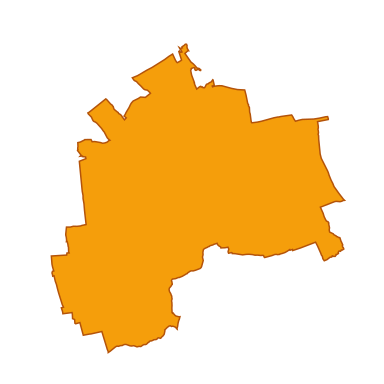 Vinderei, Vaslui, Romania (Robinson projection), rotated 172°
{"feature_id": "2599482B12696403630714", "entity_name": "Vinderei", "entity_type": "district", "adm_level": 2, "iso_a3": "ROU", "parent_name": "Romania", "parent_adm1": "Vaslui", "projection": "robinson", "projection_center": [27.79, 46.151], "detail": "fine", "context": "isolated", "style": "filled", "palette": "amber", "viewbox_px": 384, "rotation_deg": 172, "n_neighbors": 0, "source": "geoboundaries", "source_scale": "gbopen_adm2", "svg_char_len": 5975}
<svg xmlns="http://www.w3.org/2000/svg" viewBox="0 0 384 384"><g transform="rotate(172 192 192)"><path d="M322.9,161.6L323.3,160.3L322.5,160.3L322.2,157.6L322.2,155.3L322.0,154.5L322.5,150.0L322.2,148.8L324.3,149.0L324.9,147.0L340.2,148.2L340.7,140.0L340.5,137.1L339.9,133.0L341.2,132.9L341.8,131.7L341.9,130.9L341.7,130.0L341.6,128.0L340.3,128.2L339.8,122.6L339.1,119.3L338.7,115.2L338.1,110.5L336.1,98.4L335.3,95.8L337.5,95.5L336.8,91.4L336.8,89.4L327.6,89.3L327.5,87.4L327.9,83.2L326.0,82.1L326.2,78.3L325.5,77.7L321.2,78.3L319.6,65.3L312.9,65.6L311.9,65.5L300.7,66.4L297.8,48.0L297.2,45.7L297.3,44.7L295.2,45.7L289.8,49.0L288.8,49.5L287.7,49.8L286.2,49.4L284.5,49.8L282.4,49.7L280.9,50.3L279.4,50.4L278.2,50.1L274.8,48.3L273.4,47.9L271.0,47.9L268.0,46.3L265.9,46.5L264.2,46.1L262.0,47.2L260.9,47.6L259.2,47.4L258.4,47.6L257.1,48.4L256.8,48.9L255.6,49.2L255.1,49.9L253.8,50.3L252.8,50.2L251.2,50.6L250.6,51.0L248.0,50.9L246.9,51.4L246.2,52.1L245.6,52.3L243.4,51.5L241.8,52.9L240.5,53.7L239.3,55.1L238.1,58.4L238.2,59.2L238.0,59.3L235.4,61.3L233.2,62.5L231.9,62.5L231.1,61.7L229.8,61.8L228.6,61.3L227.0,60.2L226.2,58.7L225.8,58.3L225.8,59.0L225.0,60.8L224.1,63.9L223.0,66.6L222.3,67.7L221.3,70.2L222.2,70.2L225.1,71.4L226.0,72.2L226.7,73.5L227.9,74.5L227.7,75.0L228.5,75.3L228.1,79.9L227.6,82.4L227.3,85.4L227.4,86.7L227.2,87.7L226.6,88.9L226.7,90.2L226.6,90.8L226.6,92.0L227.0,92.9L227.0,93.4L227.3,94.6L228.1,96.4L228.3,98.6L227.8,99.9L227.5,100.3L226.0,101.5L225.2,102.7L224.5,103.1L224.3,103.9L224.5,104.6L224.3,105.6L224.7,106.6L224.6,107.4L223.6,108.5L220.2,108.5L217.6,109.2L216.5,109.1L213.3,109.9L210.1,111.2L209.3,111.6L208.0,111.9L207.6,112.5L204.6,113.9L203.6,114.0L201.8,113.7L199.5,114.0L194.7,115.1L193.5,115.9L192.9,116.8L190.4,122.6L190.7,126.1L189.8,128.3L189.6,130.8L188.7,133.4L188.0,133.9L186.7,134.5L184.7,135.0L183.2,135.7L182.6,135.6L181.6,136.3L178.6,136.7L177.8,137.1L174.3,137.7L174.0,136.3L172.8,134.8L171.3,133.6L171.2,132.6L167.1,132.2L164.0,132.3L163.5,130.2L164.1,129.1L164.6,127.7L164.3,126.3L161.3,126.5L160.8,126.2L160.7,125.4L158.1,125.0L150.6,122.7L147.0,122.7L144.2,122.4L140.8,121.6L138.5,120.7L135.5,120.3L132.9,119.6L130.6,119.4L130.0,119.1L129.5,117.3L129.2,117.0L121.7,117.9L118.7,118.6L117.1,118.5L116.2,118.1L113.8,118.0L113.5,118.4L111.6,118.5L108.4,119.1L106.1,120.0L103.2,121.4L103.0,120.7L100.5,121.1L100.4,120.0L92.3,121.5L76.6,125.1L75.2,121.1L72.9,113.0L72.7,111.7L71.9,110.2L71.7,107.7L70.6,105.5L67.8,106.2L64.3,108.2L63.3,108.1L62.6,108.2L62.3,108.5L62.3,109.0L62.1,109.1L61.6,109.2L61.3,108.7L60.7,108.5L59.2,108.3L58.2,109.3L58.0,110.1L57.3,110.0L55.6,110.7L55.4,111.1L55.7,111.7L54.7,113.0L54.1,113.0L53.3,112.6L52.6,113.1L52.2,113.8L51.2,113.6L49.6,114.4L49.9,115.8L50.3,116.1L50.4,116.6L50.6,117.8L50.4,117.9L50.1,118.7L50.8,121.0L50.8,121.4L51.2,122.1L51.9,126.1L52.1,126.3L53.1,126.5L54.2,127.5L55.1,127.8L55.3,128.4L57.5,130.0L57.9,130.9L61.3,133.2L61.4,135.4L60.8,137.4L61.1,141.2L61.1,141.9L60.8,142.2L61.5,143.7L62.9,144.5L63.7,146.4L64.6,149.3L65.1,152.6L67.0,159.1L52.1,162.6L50.6,162.7L46.8,161.8L44.9,162.0L43.7,162.5L42.1,162.5L43.1,163.8L46.8,170.3L50.6,177.6L51.4,180.9L52.6,184.3L53.9,189.5L54.3,192.1L54.8,194.0L59.3,207.3L59.8,211.8L59.2,226.5L58.8,230.2L59.1,231.7L58.5,232.9L58.4,234.9L58.5,236.8L58.0,237.8L57.8,240.0L57.9,244.2L47.0,244.8L46.8,245.4L47.2,247.8L49.2,247.9L55.6,247.4L61.3,247.3L72.6,248.5L76.4,248.2L79.7,247.7L80.9,250.1L81.7,252.5L82.6,254.4L93.6,254.4L95.4,254.2L96.7,254.3L100.5,254.1L113.4,252.4L117.6,252.1L123.1,252.2L123.4,252.5L123.6,254.3L123.5,261.0L123.8,263.0L123.4,267.9L124.1,269.4L123.9,270.6L124.5,271.9L125.0,280.4L125.6,285.7L132.7,287.1L138.4,289.1L147.5,293.0L150.3,293.5L152.7,293.6L155.4,293.6L157.0,293.3L157.2,294.1L155.1,294.5L155.5,299.4L155.6,300.1L155.8,300.3L157.7,298.3L159.6,297.8L161.0,296.9L162.2,296.8L162.8,296.5L164.6,294.0L165.2,293.5L166.6,293.8L166.9,294.5L167.3,294.7L168.2,294.6L168.6,295.4L169.1,295.4L169.9,295.1L173.0,293.3L174.3,297.8L174.6,299.8L174.4,299.8L174.4,300.0L176.1,307.8L176.4,312.5L175.7,313.6L175.7,314.2L175.2,314.5L172.9,314.9L172.2,314.7L171.9,313.0L172.1,312.8L171.7,312.1L171.2,311.9L170.3,312.1L168.8,312.9L168.4,312.8L167.9,311.7L167.3,311.3L166.6,311.1L166.3,311.6L167.7,313.3L169.8,314.1L171.6,316.9L173.0,318.8L175.0,320.9L179.7,330.2L176.5,332.4L175.7,332.3L176.7,334.8L176.8,336.0L176.7,337.1L176.5,337.5L176.8,339.0L177.4,339.3L178.2,339.2L179.3,338.3L181.7,337.2L181.8,337.0L181.5,336.1L182.3,336.0L183.1,335.4L183.3,335.3L183.9,336.3L184.5,336.8L183.9,335.1L183.0,333.9L183.0,333.3L182.6,332.7L182.5,332.0L183.6,331.9L184.3,332.1L184.8,333.4L185.5,333.0L184.0,324.1L185.0,323.5L188.5,322.1L189.0,322.5L190.0,324.6L192.0,331.3L196.1,329.5L200.6,327.0L214.2,320.9L219.8,318.9L229.7,314.8L235.2,313.4L233.9,310.8L233.2,310.1L231.6,309.1L230.0,306.7L227.9,304.1L225.6,300.8L224.5,299.9L222.0,299.0L219.8,296.3L219.4,295.5L225.0,292.2L229.8,293.2L232.1,292.1L237.6,290.3L239.6,288.6L240.6,287.4L242.5,284.5L246.3,279.8L247.3,278.2L248.7,276.6L246.8,274.6L248.8,272.9L250.5,275.8L251.0,277.1L252.0,278.6L253.8,280.0L253.9,280.7L254.1,281.1L254.6,281.4L257.4,284.5L257.8,285.3L258.1,287.4L259.1,289.3L260.4,290.5L263.6,295.4L264.4,296.2L281.6,286.0L283.6,284.9L284.1,284.8L283.9,283.9L281.2,280.2L280.3,277.1L279.8,276.0L278.9,275.2L277.9,274.7L276.5,273.2L272.7,267.5L271.3,264.7L270.6,263.7L268.4,257.5L267.2,255.8L266.1,254.7L267.3,254.4L268.7,253.4L269.2,253.2L271.5,252.7L273.7,252.7L275.7,253.7L281.3,255.5L283.9,255.7L284.7,258.0L290.8,258.8L290.9,258.6L295.7,257.0L298.2,256.8L298.6,252.8L298.9,252.0L299.2,250.4L299.0,249.9L299.5,249.4L299.6,249.0L296.7,243.9L297.8,243.0L296.1,243.0L295.5,242.8L295.6,242.3L292.5,241.5L292.4,239.8L299.3,238.1L300.6,207.9L300.4,203.7L300.8,200.6L300.6,195.6L301.0,188.8L301.4,174.5L305.8,174.2L306.9,173.9L310.6,174.0L314.3,174.6L317.5,174.2L321.2,174.7L322.9,167.8L323.0,166.8L322.8,164.5L322.9,161.6Z" fill="#f59e0b" stroke="#b45309" stroke-width="1.5"/></g></svg>